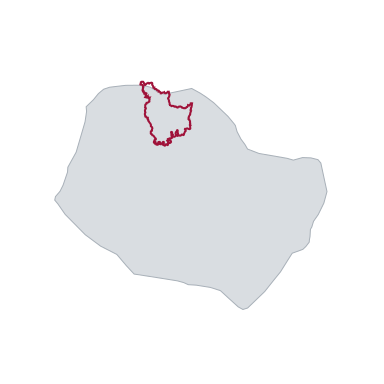 Linakeng, Thaba-Tseka, Lesotho shown in context, rotated 248°
{"feature_id": "5366337B53729511602766", "entity_name": "Linakeng", "entity_type": "district", "adm_level": 2, "iso_a3": "LSO", "parent_name": "Lesotho", "parent_adm1": "Thaba-Tseka", "projection": "orthographic", "projection_center": [28.976, -29.679], "detail": "fine", "context": "in_parent", "style": "outline", "palette": "rose", "viewbox_px": 384, "rotation_deg": 248, "n_neighbors": 0, "source": "geoboundaries", "source_scale": "gbopen_adm2", "svg_char_len": 6850}
<svg xmlns="http://www.w3.org/2000/svg" viewBox="0 0 384 384"><g transform="rotate(248 192 192)"><path d="M248.6,253.7L238.8,256.8L237.4,257.1L231.1,256.4L222.7,257.2L216.1,258.9L211.0,259.6L202.6,268.6L187.6,292.8L183.6,297.9L182.5,307.4L179.1,315.0L174.8,320.9L170.6,322.3L158.0,320.1L141.8,317.3L132.3,310.1L123.8,300.6L119.3,293.7L114.6,289.9L113.0,287.8L106.4,284.7L103.8,283.0L101.6,281.9L98.9,277.3L97.3,273.3L97.7,262.0L93.0,255.4L84.8,244.1L79.7,234.9L72.5,222.2L68.1,211.3L63.6,200.1L64.0,195.2L68.2,191.8L80.4,185.9L89.9,181.4L96.7,173.2L104.0,161.1L107.5,153.8L111.1,150.4L115.0,145.3L121.9,133.9L129.5,121.2L137.6,107.6L148.1,103.6L162.3,98.9L176.0,87.0L192.4,77.0L218.8,66.0L231.2,63.2L235.9,61.7L238.9,63.7L242.1,69.9L246.6,75.0L257.0,84.0L261.5,86.2L272.3,99.5L283.8,108.6L297.1,119.1L306.1,124.4L310.7,125.8L314.5,135.2L318.3,142.1L320.4,148.6L320.0,154.9L315.8,170.3L309.6,186.1L304.7,192.7L298.8,196.8L293.0,203.0L290.7,215.7L288.1,230.5L280.5,236.7L274.7,240.7L266.6,245.6L248.6,253.7Z" fill="#d9dde1" stroke="#a8b0b8" stroke-width="1"/><path d="M274.2,225.3L274.6,224.5L274.7,224.1L274.0,223.8L273.9,223.1L273.2,221.9L274.1,220.9L273.4,220.5L272.6,219.4L272.6,219.1L272.8,218.8L272.7,218.5L272.3,218.1L272.2,216.8L272.6,216.3L272.8,216.2L272.9,215.5L273.6,214.9L273.8,214.4L274.7,214.3L275.8,213.1L275.6,212.6L276.0,212.1L276.1,211.6L276.0,210.9L275.6,210.4L275.8,210.0L276.7,209.2L277.1,209.2L277.4,208.9L277.5,208.8L277.5,208.4L277.7,207.6L278.6,207.3L278.7,206.9L279.1,206.5L279.2,206.2L279.3,205.1L280.5,204.6L280.8,204.1L281.1,204.2L281.9,204.1L282.4,204.4L282.9,204.6L283.7,204.6L283.9,204.5L284.5,204.7L284.9,204.6L285.5,205.0L287.6,204.8L288.0,205.0L288.0,205.3L288.2,205.7L288.7,206.1L289.0,206.6L289.5,206.7L290.1,207.4L290.5,207.7L290.9,207.8L291.4,207.5L291.6,207.4L292.3,207.8L293.5,208.0L293.5,207.7L293.8,207.5L293.7,207.2L294.0,207.0L293.6,206.1L293.3,204.9L293.5,204.4L293.9,203.9L295.0,203.7L294.8,203.1L295.1,202.5L295.1,202.3L295.2,201.7L295.3,201.4L294.9,200.7L295.2,199.9L296.1,200.1L296.7,199.9L297.1,199.6L297.5,198.8L297.9,199.2L298.3,199.2L298.9,198.6L299.4,197.7L300.2,197.7L300.5,197.5L300.9,197.3L301.4,196.2L301.8,196.2L302.3,195.9L302.7,196.1L302.7,195.7L303.1,195.3L303.3,195.2L303.8,195.6L304.7,195.5L304.9,195.6L306.4,195.2L307.0,195.7L308.0,195.9L308.3,195.7L308.5,195.5L308.9,193.7L308.5,193.1L308.5,192.9L309.6,192.2L309.4,191.8L309.6,191.4L309.6,190.4L309.2,189.9L309.0,189.3L308.8,189.0L308.7,188.4L309.2,188.3L310.3,188.4L310.9,188.1L311.4,188.3L312.5,188.0L313.1,186.6L313.1,186.2L312.7,186.0L312.7,185.6L312.2,185.5L311.9,185.0L311.3,184.6L311.0,184.4L310.7,184.7L310.4,185.4L309.7,186.2L309.2,186.3L308.9,186.1L308.1,186.3L307.4,186.1L307.4,185.7L307.0,185.6L306.5,185.3L306.1,185.3L305.9,184.9L305.5,184.6L305.1,184.6L304.9,184.3L304.6,184.4L304.5,184.8L304.1,184.9L303.7,184.2L303.2,184.3L303.2,184.7L303.1,184.9L302.8,184.8L302.5,184.4L302.1,184.5L302.2,185.1L302.0,185.3L301.7,185.2L301.6,184.9L301.3,184.7L300.9,184.6L300.8,184.9L300.5,185.1L300.6,185.4L300.3,185.5L300.7,185.7L300.9,186.1L300.9,186.4L300.5,186.7L299.9,186.1L299.8,185.7L299.6,185.6L299.3,185.9L299.0,185.9L299.0,185.5L298.6,185.1L298.4,185.3L298.3,185.6L298.1,185.6L297.9,185.3L298.1,185.0L297.7,184.7L297.5,184.4L297.2,185.2L297.3,185.6L297.1,185.6L296.6,185.3L296.5,185.5L296.5,185.9L296.8,186.3L297.1,186.8L296.5,186.6L296.2,186.6L296.1,186.3L295.8,186.5L295.9,187.0L296.2,187.1L296.2,187.3L295.3,187.3L295.1,187.5L295.1,187.9L294.8,187.6L294.2,187.2L293.9,187.4L293.7,187.2L293.3,187.1L292.8,186.6L292.1,186.5L291.8,186.4L291.7,186.0L291.7,185.5L291.5,185.1L291.5,183.9L291.7,183.3L290.9,182.9L290.8,182.0L290.1,181.1L289.3,181.0L287.9,180.1L287.6,180.3L287.3,180.6L286.9,180.6L286.6,180.4L285.5,179.0L285.2,179.0L284.3,178.6L283.5,178.7L283.0,178.5L282.8,178.0L281.9,177.4L281.3,177.4L280.7,177.2L280.1,177.4L279.5,177.0L279.0,177.6L278.4,177.6L278.1,177.7L277.5,178.9L277.4,178.9L277.1,178.9L276.4,178.2L276.0,178.1L275.4,178.5L274.5,178.1L274.1,178.2L273.7,178.5L272.6,178.5L271.2,179.0L270.8,179.0L270.5,179.1L270.0,179.0L269.5,179.1L268.8,178.6L268.4,178.5L267.9,178.8L267.5,178.9L267.2,179.2L266.9,179.3L265.6,179.0L265.1,178.3L263.9,177.9L263.6,177.4L263.7,176.8L263.7,176.6L263.1,176.2L262.2,176.0L261.8,175.7L261.3,175.7L260.7,176.4L259.5,176.4L258.9,177.2L258.2,177.5L257.2,177.7L256.6,177.9L255.9,177.9L255.3,178.4L254.6,178.4L254.2,178.0L254.2,177.6L254.3,177.1L254.2,176.7L253.4,176.1L253.1,175.6L252.2,175.2L251.4,175.5L251.7,175.8L252.4,176.1L252.4,176.6L252.2,176.9L251.9,176.9L251.5,176.6L250.5,176.3L249.9,176.5L250.3,176.9L250.3,177.1L250.1,177.3L249.0,177.5L248.8,177.6L248.7,177.7L248.7,178.2L248.8,179.2L249.0,179.6L249.4,179.6L250.4,179.1L250.8,179.4L250.9,179.8L250.6,180.8L250.1,181.0L248.9,180.4L248.4,180.4L248.1,180.6L248.1,181.2L248.2,181.9L249.3,183.9L249.2,184.3L249.0,184.5L248.8,184.6L248.4,184.4L247.6,184.1L247.4,183.7L247.3,182.9L246.9,182.7L246.8,183.0L246.4,183.1L245.4,183.8L245.1,184.2L245.2,184.5L246.0,185.5L246.0,185.9L245.8,186.3L245.7,186.4L245.3,186.3L244.7,186.7L244.6,186.9L244.7,187.3L245.1,187.6L245.3,187.7L245.8,187.6L246.7,188.2L246.7,188.4L245.8,189.4L245.7,190.2L245.8,190.6L246.2,191.3L246.8,191.5L247.5,191.4L248.0,191.2L248.1,190.9L248.1,189.9L248.4,188.4L248.6,188.3L248.9,188.2L249.2,188.8L249.7,189.2L250.2,189.4L250.2,189.5L250.1,189.9L250.1,191.6L249.5,192.9L249.7,193.6L249.8,194.0L250.0,194.0L250.3,193.8L252.2,194.1L254.0,194.8L255.2,194.9L255.4,195.1L255.5,195.3L255.4,195.5L255.0,195.9L254.6,195.9L253.5,195.4L253.2,195.4L252.5,195.8L252.3,195.8L251.9,195.2L251.4,195.1L250.2,195.8L249.8,196.3L249.8,197.0L250.3,198.0L250.5,198.2L250.8,198.5L251.1,198.6L252.1,198.5L253.5,199.4L254.2,200.8L254.8,201.2L254.9,201.4L254.8,201.7L254.3,201.8L253.6,201.5L253.0,201.0L251.6,201.0L251.2,200.8L250.6,199.5L250.4,199.3L249.8,199.1L249.4,199.6L249.5,201.1L249.4,201.3L248.7,201.9L248.6,202.3L248.6,203.0L249.0,203.6L249.1,204.1L248.8,204.6L248.1,205.1L248.0,205.4L248.2,205.5L248.4,206.1L249.0,206.3L249.8,207.4L250.6,208.0L251.0,209.1L252.0,209.3L252.5,208.9L252.9,208.9L253.2,209.2L253.1,209.5L252.8,209.8L252.8,210.4L252.9,210.7L252.8,211.4L251.6,212.6L251.2,213.2L251.3,214.0L251.8,214.4L252.7,214.5L253.8,215.0L254.7,215.0L255.1,215.1L255.3,215.3L255.1,215.6L255.4,215.6L256.1,216.0L256.4,215.9L256.8,216.2L257.2,216.1L258.0,216.6L258.4,216.6L258.5,216.7L258.8,216.6L259.2,216.7L259.6,216.4L260.1,216.4L260.5,216.2L260.6,216.4L260.9,216.1L261.3,216.4L261.9,216.4L262.3,216.9L262.9,217.2L262.9,217.4L263.1,217.5L263.7,218.0L264.0,218.5L264.1,218.8L264.3,219.1L264.5,219.1L265.0,219.4L265.0,219.6L266.2,220.2L266.7,220.8L267.1,221.0L267.3,221.3L267.5,221.5L267.9,221.2L268.6,221.3L268.8,221.7L269.3,222.2L270.3,222.4L270.7,223.1L271.1,223.5L271.6,223.7L272.2,224.2L272.9,224.5L274.2,225.3Z" fill="none" stroke="#9f1239" stroke-width="2"/></g></svg>